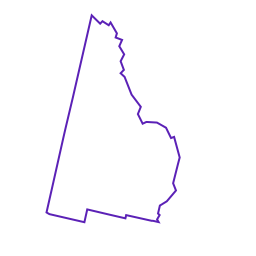 Scott, Minnesota, United States of America, rotated 103°
{"feature_id": "52423323B60044355974523", "entity_name": "Scott", "entity_type": "district", "adm_level": 2, "iso_a3": "USA", "parent_name": "United States of America", "parent_adm1": "Minnesota", "projection": "albers", "projection_center": [-93.571, 44.678], "detail": "fine", "context": "isolated", "style": "outline", "palette": "violet", "viewbox_px": 256, "rotation_deg": 103, "n_neighbors": 0, "source": "geoboundaries", "source_scale": "gbopen_adm2", "svg_char_len": 735}
<svg xmlns="http://www.w3.org/2000/svg" viewBox="0 0 256 256"><g transform="rotate(103 128 128)"><path d="M150.6,188.8L204.1,188.5L228.6,188.4L229.6,185.2L229.6,149.3L216.5,149.4L216.6,126.5L216.6,110.2L213.3,110.2L213.2,97.2L213.1,84.1L212.8,82.7L212.8,77.0L210.5,79.1L205.7,77.6L204.6,79.5L196.4,79.5L190.7,73.7L178.1,67.2L171.7,71.6L151.7,71.2L145.1,71.0L126.3,81.1L128.1,83.8L119.2,91.0L116.2,101.0L117.7,109.9L118.0,111.5L120.5,114.7L112.2,121.5L104.5,120.3L94.7,132.0L79.0,142.8L76.3,147.5L72.3,145.1L64.6,150.2L57.1,148.3L50.3,154.9L43.5,153.6L42.6,160.4L38.3,160.1L29.1,168.7L32.2,169.9L29.7,176.9L32.6,178.6L26.4,188.7L111.1,188.6L126.9,188.7L141.6,188.8L150.6,188.8Z" fill="none" stroke="#5b21b6" stroke-width="2"/></g></svg>